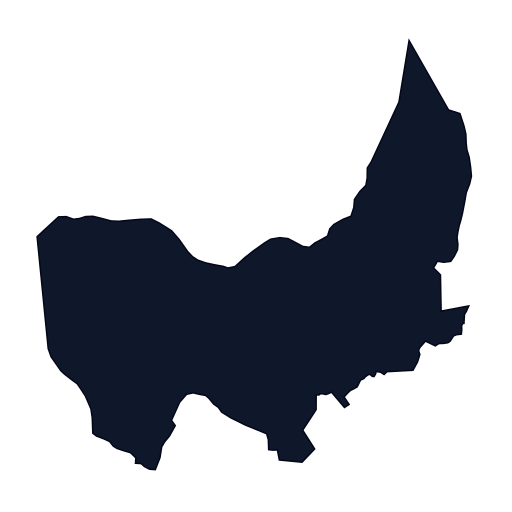 the district of Johor Bahru, Johor, Malaysia, rotated 178°
{"feature_id": "92858781B42177808662163", "entity_name": "Johor Bahru", "entity_type": "district", "adm_level": 2, "iso_a3": "MYS", "parent_name": "Malaysia", "parent_adm1": "Johor", "projection": "natural_earth1", "projection_center": [103.741, 1.468], "detail": "fine", "context": "isolated", "style": "filled", "palette": "ink", "viewbox_px": 512, "rotation_deg": 178, "n_neighbors": 0, "source": "geoboundaries", "source_scale": "gbopen_adm2", "svg_char_len": 2258}
<svg xmlns="http://www.w3.org/2000/svg" viewBox="0 0 512 512"><g transform="rotate(178 256 256)"><path d="M50.5,181.5L49.7,190.3L47.7,193.3L45.1,198.7L72.9,194.5L72.3,230.7L79.0,237.9L74.9,244.4L68.7,243.2L61.6,243.8L58.0,248.6L54.4,255.1L53.8,260.4L54.4,267.6L53.3,273.5L51.8,279.5L50.2,284.2L48.2,291.3L45.6,302.6L43.6,312.1L40.0,320.5L37.9,328.2L38.4,337.1L39.5,347.2L41.5,354.9L42.0,361.5L42.0,370.4L43.6,378.7L47.2,391.2L58.5,395.3L95.5,466.0L107.8,404.8L137.6,346.0L141.7,340.1L142.2,330.0L143.7,322.8L149.9,316.9L155.6,309.2L156.6,300.9L159.7,292.5L167.9,289.6L177.1,284.8L181.3,280.6L183.8,273.5L189.5,270.5L196.7,267.0L202.3,262.8L209.0,264.0L216.2,268.2L223.4,272.3L231.6,273.5L240.8,272.3L247.0,268.8L258.8,261.0L267.6,254.5L277.3,246.2L284.5,245.0L289.1,246.8L297.4,248.6L306.6,250.9L314.3,253.9L319.4,257.5L324.1,262.8L332.3,275.3L339.5,284.2L351.8,292.5L359.5,296.7L370.3,296.7L382.6,296.1L391.9,295.5L399.6,296.1L409.4,299.1L417.6,301.4L424.8,301.4L430.9,299.7L437.1,299.1L444.3,302.0L452.0,302.0L474.1,283.0L466.9,170.7L464.3,162.4L459.7,155.3L455.1,148.2L451.5,144.6L444.3,138.6L439.1,134.5L435.0,128.0L431.4,122.0L426.3,108.9L425.3,100.0L425.3,92.9L425.3,84.6L421.7,81.6L414.5,78.6L408.8,75.7L405.2,70.9L401.6,68.5L395.5,66.2L388.3,63.8L383.1,58.4L383.7,53.1L378.0,52.5L374.9,49.5L369.8,46.6L364.1,46.0L359.0,57.8L356.9,68.5L353.9,73.3L348.7,79.2L342.6,89.3L346.2,94.7L337.4,112.5L330.2,120.2L323.6,121.4L316.9,119.6L311.2,118.4L308.1,115.5L303.5,109.5L298.9,106.0L295.8,101.2L287.1,95.3L272.7,87.5L251.6,78.0L250.1,72.1L250.1,66.2L250.1,62.0L246.0,61.4L241.4,61.4L239.8,51.3L217.2,48.3L204.1,61.1L215.4,80.3L201.3,100.3L200.7,115.1L198.0,114.9L196.3,116.1L194.0,115.9L191.0,115.1L187.9,116.1L185.3,117.3L172.9,101.5L168.1,104.4L172.9,112.0L169.1,115.9L166.4,118.3L162.6,120.0L159.4,121.7L155.9,128.3L152.5,129.7L151.0,131.4L148.5,133.1L146.4,133.9L144.1,131.7L142.2,131.4L140.5,134.1L140.1,136.3L135.7,135.6L132.1,133.1L129.1,135.8L103.1,136.3L99.9,141.7L98.2,144.6L97.0,148.0L95.7,151.9L96.5,154.6L96.7,156.3L95.5,158.7L89.6,165.0L79.9,159.9L77.6,161.4L75.9,162.1L71.5,162.1L67.3,162.6L65.0,164.0L61.4,169.2L58.5,170.3L53.5,170.7L52.9,175.2L52.9,179.4L51.2,181.7L50.5,181.5Z" fill="#0f172a" stroke="#020617" stroke-width="1.5"/></g></svg>